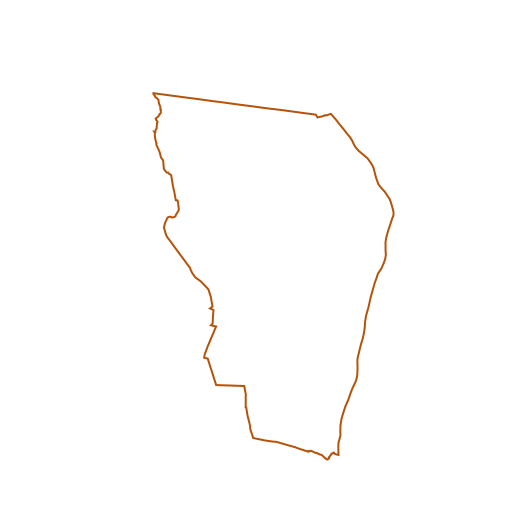 the district of Dignājas pag., Jekabpils, Latvia, rotated 29°
{"feature_id": "27541924B5216902390969", "entity_name": "Dignājas pag.", "entity_type": "district", "adm_level": 2, "iso_a3": "LVA", "parent_name": "Latvia", "parent_adm1": "Jekabpils", "projection": "equal_earth", "projection_center": [26.111, 56.337], "detail": "fine", "context": "isolated", "style": "outline", "palette": "amber", "viewbox_px": 512, "rotation_deg": 29, "n_neighbors": 0, "source": "geoboundaries", "source_scale": "gbopen_adm2", "svg_char_len": 5621}
<svg xmlns="http://www.w3.org/2000/svg" viewBox="0 0 512 512"><g transform="rotate(29 256 256)"><path d="M341.8,416.6L342.0,416.5L347.7,414.7L353.5,412.9L356.4,411.8L356.5,411.8L359.3,410.7L361.0,410.0L364.1,408.6L367.3,407.9L371.4,407.0L371.6,406.9L373.5,406.5L376.1,405.9L382.7,404.3L388.6,403.4L390.3,403.0L394.2,402.3L395.0,402.1L395.0,401.9L395.3,401.8L395.5,401.8L396.0,401.9L396.3,401.9L396.5,401.9L396.8,401.7L396.7,401.4L396.8,401.2L396.9,400.9L396.9,400.7L397.1,400.6L397.4,400.5L397.7,400.4L397.9,400.4L398.4,399.8L398.5,399.7L399.0,399.6L399.3,399.6L399.8,399.7L400.1,399.6L400.5,399.5L400.8,399.4L401.1,399.4L401.5,399.4L402.3,399.5L402.7,399.4L403.0,399.4L403.4,399.3L403.7,399.3L403.9,399.2L404.1,399.1L404.3,399.0L404.5,399.0L404.6,398.9L404.8,398.8L405.0,398.8L405.4,398.7L405.6,398.7L405.7,398.8L405.9,398.8L406.2,398.8L406.3,398.8L406.5,398.8L406.8,398.8L407.0,398.8L407.2,398.7L407.5,398.7L407.9,398.6L408.3,398.6L409.3,398.3L409.7,398.2L409.8,398.2L410.7,398.3L411.9,398.7L413.3,399.0L413.8,399.3L414.7,399.4L415.1,399.2L415.6,399.5L416.2,399.5L417.0,399.5L417.3,399.2L417.6,398.7L417.7,398.3L417.8,397.8L417.9,397.6L417.9,397.4L417.3,397.0L417.3,396.7L417.4,396.4L417.6,396.1L417.7,395.5L417.7,395.1L417.7,394.9L417.7,394.6L417.8,394.1L417.9,393.9L418.0,393.6L417.9,393.0L417.9,392.3L418.2,391.8L418.7,391.6L419.0,391.2L419.2,390.7L419.1,390.4L419.3,390.2L419.5,390.2L419.6,390.3L419.9,390.8L420.2,390.9L420.6,390.9L422.1,390.7L424.6,390.0L420.6,383.2L418.6,379.2L417.6,374.8L416.7,371.6L415.1,369.1L412.1,363.4L409.8,357.2L408.6,352.0L407.1,344.2L406.3,336.2L405.2,330.1L404.5,325.2L404.3,322.2L404.0,317.0L403.3,314.2L402.2,310.9L399.1,304.7L395.8,299.1L394.4,296.2L393.1,291.5L390.6,282.3L389.6,277.4L387.7,270.8L385.9,266.1L383.7,261.6L381.2,254.9L379.2,246.2L376.4,236.9L374.8,230.2L372.8,221.6L372.2,217.4L371.2,212.2L371.7,206.4L371.2,200.4L370.4,195.8L369.0,192.1L368.9,191.8L366.9,188.8L363.8,183.3L362.8,181.6L361.6,178.5L360.4,174.4L359.0,168.4L358.9,167.5L357.9,162.0L357.4,159.5L357.0,157.7L356.6,154.2L356.0,152.8L355.1,151.1L352.9,148.6L349.6,145.3L346.5,142.4L344.9,141.2L337.3,137.3L333.0,135.9L328.5,134.1L323.0,129.3L316.2,122.1L313.3,120.0L309.6,118.1L306.2,116.5L294.6,114.2L290.7,112.8L287.7,111.1L284.5,108.7L280.6,106.5L275.4,104.5L270.8,102.5L265.1,100.3L260.4,98.2L252.5,95.4L250.3,97.9L250.2,98.0L249.2,99.1L248.7,99.4L248.3,99.3L247.1,100.7L245.9,102.1L244.2,103.5L242.6,105.0L241.2,104.2L239.8,103.4L235.4,105.1L231.1,106.8L227.9,108.1L224.7,109.3L224.0,109.6L222.6,110.1L220.6,110.9L217.7,112.0L213.9,113.5L211.3,114.5L210.0,115.0L209.1,115.4L207.3,116.1L206.2,116.5L205.0,117.0L202.3,118.1L200.5,118.8L199.6,119.3L193.7,121.6L185.8,124.7L180.1,126.9L171.3,130.4L165.0,132.9L157.2,135.9L150.8,138.4L143.4,141.4L136.4,144.1L127.1,147.7L121.6,149.9L114.2,152.8L109.4,154.7L106.6,155.8L102.8,157.3L97.1,159.5L90.0,162.3L87.4,163.3L87.9,164.2L89.6,164.7L90.6,165.7L94.7,166.5L97.5,170.0L98.6,170.7L100.5,172.5L101.0,173.9L101.9,174.1L102.2,175.1L103.3,176.8L103.3,178.0L102.8,178.7L103.1,180.0L102.4,182.8L101.6,184.4L102.2,185.1L105.0,186.5L105.1,187.4L105.2,188.2L106.8,191.7L107.2,192.4L107.2,193.2L107.0,194.4L107.2,194.9L107.5,195.5L107.8,196.2L106.8,196.6L107.5,196.9L107.7,197.5L108.5,198.4L109.1,199.8L110.4,201.4L111.5,202.9L114.4,205.8L114.3,206.1L115.3,207.3L116.9,208.5L118.6,209.7L120.1,210.9L121.6,212.1L123.4,214.0L125.1,215.9L128.5,217.5L133.2,224.5L137.2,226.3L138.8,225.6L139.0,225.9L139.2,226.0L139.6,226.1L140.1,226.3L140.5,226.3L141.4,226.3L142.1,226.3L142.3,226.3L142.5,226.3L144.3,228.5L148.7,234.2L151.9,237.9L152.9,238.9L158.8,246.1L160.2,245.5L160.4,245.4L161.4,246.5L161.7,246.8L162.1,247.4L162.4,247.8L162.9,248.4L164.0,250.0L164.8,251.1L165.5,252.0L166.1,253.2L166.2,253.4L166.2,253.7L166.2,254.9L166.1,256.0L166.1,256.9L166.0,258.2L166.0,258.5L166.0,259.0L166.1,259.6L166.2,259.9L166.3,260.3L166.2,260.5L165.8,261.2L165.3,261.8L164.8,262.2L164.5,262.7L164.2,262.9L164.1,263.0L163.9,263.0L162.4,263.1L162.1,263.2L161.8,263.3L161.5,263.5L161.2,263.8L160.6,264.4L160.5,264.6L160.0,265.2L160.0,265.3L160.0,265.6L160.0,266.3L160.2,267.5L160.3,269.9L160.5,271.1L161.0,273.3L161.5,275.2L161.6,275.6L162.9,277.0L164.2,278.3L166.3,280.4L167.1,281.0L167.9,281.7L168.6,282.2L170.4,283.1L173.3,284.3L177.1,286.1L183.6,289.1L191.7,292.8L196.2,294.8L200.1,296.6L202.3,297.6L204.3,298.5L205.0,299.3L205.5,299.8L206.0,300.1L208.1,301.6L210.1,302.6L212.8,303.9L212.9,304.0L213.2,304.1L216.4,304.5L219.5,304.9L220.1,305.0L220.6,305.1L221.5,305.4L223.3,305.9L225.0,306.5L229.2,307.8L230.2,308.2L230.4,308.3L230.7,308.4L234.4,311.9L234.9,312.3L236.6,314.0L237.2,314.8L239.4,317.6L239.6,317.8L241.1,319.6L242.3,321.0L242.5,321.3L242.4,321.6L241.5,323.4L241.2,324.2L243.2,324.0L245.1,324.0L247.6,329.6L249.6,333.7L250.7,335.8L250.8,336.1L250.3,338.0L250.2,338.4L252.8,337.7L255.3,337.0L255.5,339.6L255.9,342.8L256.1,344.5L256.4,347.3L256.5,348.9L256.6,349.4L256.7,350.9L256.7,351.0L256.8,351.1L256.9,352.2L256.9,352.7L257.0,353.2L257.1,354.1L257.3,355.6L257.4,357.0L257.5,358.3L257.6,358.8L257.8,360.1L258.0,361.3L258.0,361.5L258.5,364.5L258.5,364.8L258.7,365.7L258.8,366.4L259.0,367.5L259.5,368.8L260.0,370.1L260.3,370.1L261.9,369.6L263.5,369.1L267.4,372.8L271.2,376.4L275.0,379.9L278.7,383.5L281.2,385.8L283.7,388.2L290.0,385.0L296.2,381.8L302.5,378.6L308.7,375.4L311.2,378.4L313.7,381.4L314.0,381.8L314.3,382.2L314.4,382.3L314.5,382.4L314.9,383.4L315.3,384.3L317.2,387.6L320.3,393.3L320.8,393.1L325.8,399.5L330.4,404.4L333.3,407.6L334.6,409.8L336.1,411.3L336.3,411.5L337.3,412.4L339.4,414.3L341.8,416.6Z" fill="none" stroke="#b45309" stroke-width="2"/></g></svg>